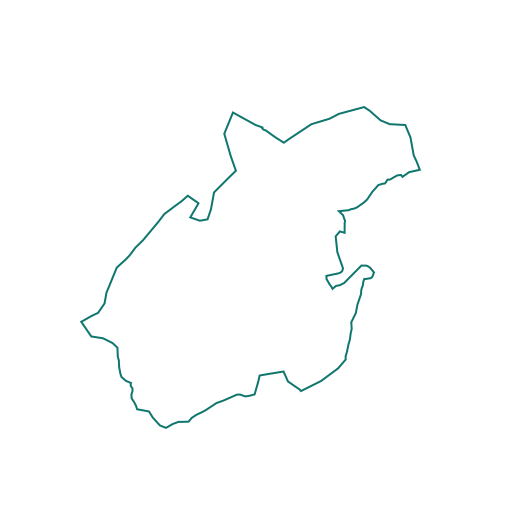 Dandume, Katsina, Nigeria, rotated 69°
{"feature_id": "59680162B23965546094498", "entity_name": "Dandume", "entity_type": "district", "adm_level": 2, "iso_a3": "NGA", "parent_name": "Nigeria", "parent_adm1": "Katsina", "projection": "albers", "projection_center": [7.218, 11.418], "detail": "fine", "context": "isolated", "style": "outline", "palette": "teal", "viewbox_px": 512, "rotation_deg": 69, "n_neighbors": 0, "source": "geoboundaries", "source_scale": "gbopen_adm2", "svg_char_len": 2275}
<svg xmlns="http://www.w3.org/2000/svg" viewBox="0 0 512 512"><g transform="rotate(69 256 256)"><path d="M254.8,442.7L272.1,438.6L278.0,428.3L285.9,421.1L292.0,418.2L298.1,420.3L300.5,421.1L304.6,421.5L307.0,422.4L310.8,423.6L317.2,424.8L320.3,424.9L320.8,424.9L325.8,422.3L327.4,420.7L329.7,418.3L329.8,418.4L332.2,419.5L335.6,418.8L338.0,419.8L340.7,422.0L344.3,423.1L346.3,422.7L348.3,422.2L353.0,421.7L356.5,421.9L362.8,411.6L366.5,410.9L369.7,410.3L379.8,406.4L384.2,401.6L383.0,393.9L383.1,387.4L383.7,386.3L386.5,378.3L384.1,374.0L382.9,368.6L382.5,363.0L382.0,358.7L379.1,345.5L379.3,338.5L378.6,323.5L379.6,320.6L383.2,316.4L384.1,312.6L384.7,306.9L376.6,300.8L373.9,298.8L369.0,295.5L369.1,294.1L373.7,271.7L384.6,271.1L393.4,265.1L395.9,263.3L398.2,262.4L396.0,240.0L390.3,219.5L390.2,219.4L384.8,209.4L381.8,208.3L378.3,205.6L371.6,201.3L367.5,198.2L362.1,195.3L358.4,192.8L352.0,190.8L345.1,183.3L337.6,178.6L329.1,171.5L326.4,170.4L323.9,168.8L321.9,166.9L318.3,164.9L316.2,163.1L316.9,161.5L317.2,159.5L317.8,157.3L317.4,155.3L315.8,153.5L314.8,152.9L313.6,151.7L307.6,153.8L304.7,156.1L302.7,161.0L312.8,183.4L313.3,188.2L312.6,192.1L314.1,196.3L311.8,196.6L309.1,197.4L302.8,198.4L299.8,197.4L301.8,185.0L301.7,182.6L300.8,180.8L298.7,179.2L295.3,179.1L295.1,179.1L281.7,178.7L266.2,174.6L263.1,168.9L266.1,165.0L259.1,162.2L256.8,161.3L255.2,160.3L253.4,160.3L249.1,160.1L243.9,162.5L246.5,152.8L246.3,150.9L246.9,147.6L246.8,144.3L245.8,140.3L244.8,136.4L243.1,132.0L237.7,124.3L233.6,116.3L233.9,112.1L234.5,109.5L231.8,105.8L232.7,103.5L232.0,99.7L231.4,95.2L232.3,91.6L234.6,90.9L234.2,89.3L232.6,83.0L234.2,72.2L225.4,72.2L218.6,72.7L200.7,69.3L187.2,69.7L180.8,84.0L174.0,91.1L161.0,97.9L155.7,101.7L153.0,127.8L154.2,137.9L152.8,157.0L155.8,170.5L158.8,184.0L160.2,189.4L151.7,195.7L142.4,201.8L140.9,203.5L139.3,204.4L138.3,203.9L133.7,209.3L113.8,226.1L130.5,241.8L153.8,243.8L169.2,244.2L172.7,252.4L181.6,272.4L196.4,281.4L204.4,288.1L203.4,293.4L202.9,295.8L196.4,303.5L186.3,290.9L186.1,290.8L175.3,298.1L178.2,305.9L180.2,313.3L184.0,326.6L189.1,334.9L200.8,355.9L205.1,365.8L209.9,373.3L212.6,379.0L216.9,390.1L232.4,404.7L236.6,408.7L246.0,414.4L252.5,423.8L253.0,430.7L254.8,442.7Z" fill="none" stroke="#0f766e" stroke-width="2"/></g></svg>